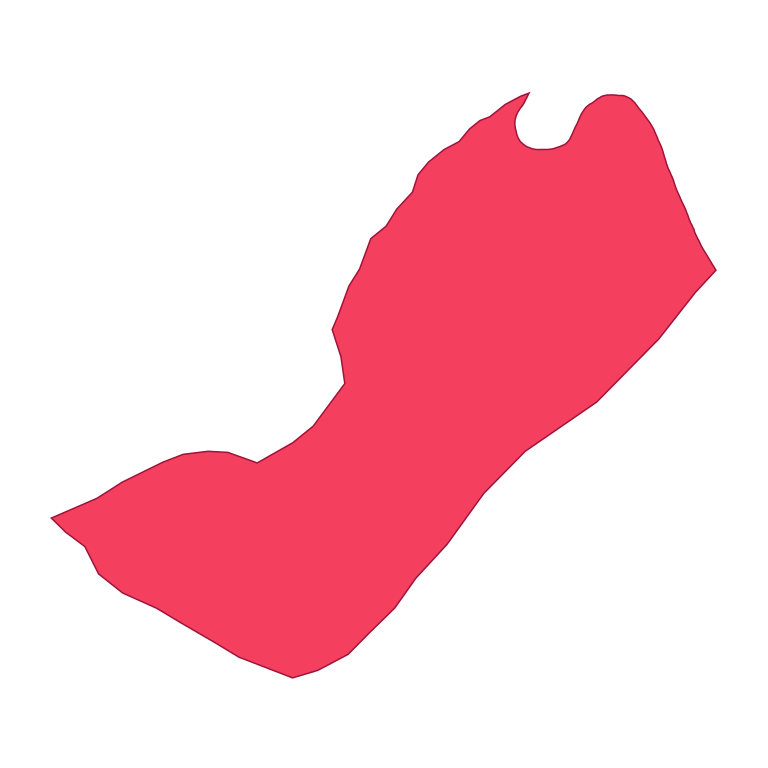 Changsong, P'yŏngan-bukto, North Korea (Equal Earth projection), rotated 92°
{"feature_id": "82179303B23970649452661", "entity_name": "Changsong", "entity_type": "district", "adm_level": 2, "iso_a3": "PRK", "parent_name": "North Korea", "parent_adm1": "P'yŏngan-bukto", "projection": "equal_earth", "projection_center": [125.074, 40.388], "detail": "fine", "context": "isolated", "style": "filled", "palette": "rose", "viewbox_px": 768, "rotation_deg": 92, "n_neighbors": 0, "source": "geoboundaries", "source_scale": "gbopen_adm2", "svg_char_len": 3737}
<svg xmlns="http://www.w3.org/2000/svg" viewBox="0 0 768 768"><g transform="rotate(92 384 384)"><path d="M258.7,56.2L258.5,56.3L257.7,56.9L256.2,57.8L254.7,58.8L252.9,60.1L251.1,61.2L249.6,62.2L248.2,63.1L247.0,63.9L245.6,64.8L244.3,65.6L243.0,66.5L241.5,67.5L240.0,68.5L238.5,69.5L237.2,70.3L235.6,71.3L234.2,72.1L233.0,72.6L231.8,73.3L230.2,74.1L228.6,75.0L227.0,76.0L225.3,76.8L223.6,77.8L221.9,78.6L220.2,79.2L218.4,79.7L218.0,80.0L217.4,80.4L215.8,81.2L214.1,82.0L212.6,83.0L210.8,83.7L209.0,84.7L207.3,85.3L205.8,85.8L204.2,86.5L202.5,87.3L201.0,87.9L199.3,88.6L197.6,89.4L196.1,90.1L195.1,90.7L193.2,91.7L191.3,92.7L189.7,93.5L188.2,94.2L186.7,94.9L184.8,95.8L183.3,96.6L181.7,97.4L179.8,98.3L178.3,98.9L176.7,99.6L175.0,100.2L173.5,100.8L172.1,101.3L171.3,101.5L169.9,102.0L168.3,102.7L166.9,103.4L165.7,104.0L164.3,104.7L162.9,105.3L161.7,105.9L160.4,106.6L159.0,107.3L157.0,108.2L155.4,108.7L153.9,109.4L152.3,109.9L150.5,110.4L148.8,111.0L147.4,111.6L145.7,112.1L144.3,112.6L142.7,113.1L141.2,113.6L139.9,114.1L138.5,114.6L137.1,115.2L135.6,115.9L134.1,116.7L133.0,117.2L131.8,117.9L130.2,118.7L129.0,119.1L127.7,119.7L126.6,120.2L125.3,120.9L123.9,121.5L122.9,122.0L121.8,122.5L120.7,123.0L119.3,123.7L118.0,124.6L116.4,125.5L115.1,126.5L113.9,127.2L112.6,128.2L111.4,129.1L110.2,130.1L109.0,131.0L107.6,132.1L106.2,133.2L105.0,134.2L103.8,135.1L103.1,135.7L102.0,136.7L101.0,137.6L100.0,138.5L99.0,139.4L97.8,140.3L96.8,141.1L95.8,141.9L94.9,142.6L94.0,143.4L93.2,144.2L92.4,145.2L91.6,145.9L90.9,146.8L90.4,147.4L89.9,148.4L89.4,149.5L88.9,150.6L88.4,151.8L87.9,152.9L87.7,153.9L87.4,154.9L87.4,156.5L87.4,157.7L87.5,159.0L87.4,160.4L87.2,161.8L87.2,163.2L87.1,164.8L87.2,166.7L87.2,168.3L87.4,169.8L87.4,171.0L87.6,171.9L87.8,172.8L88.1,173.9L88.4,175.0L88.8,176.0L89.4,177.2L90.0,178.0L90.6,179.0L91.4,180.4L92.1,181.4L93.1,182.3L93.9,183.3L94.8,184.4L95.6,185.5L96.5,186.7L97.0,187.8L98.1,189.2L98.9,190.2L99.7,191.0L100.9,192.2L102.7,193.5L104.2,194.3L105.7,195.3L107.3,196.2L109.0,196.9L110.4,197.6L111.9,198.2L113.6,198.7L115.2,199.4L116.6,199.9L118.2,200.6L119.8,201.4L121.5,202.2L123.3,202.9L125.1,203.6L126.9,204.3L128.9,205.2L130.9,206.0L132.6,206.8L133.9,207.5L135.2,208.5L136.3,209.6L137.4,210.6L138.0,211.4L138.6,212.2L139.2,213.7L139.9,215.2L140.5,216.5L141.2,218.3L141.7,219.8L142.3,221.3L142.8,222.6L143.2,224.0L143.5,225.7L143.8,228.0L144.0,230.2L144.0,232.3L144.1,233.4L144.1,235.0L144.3,236.7L144.3,238.6L144.3,240.5L144.0,242.2L143.8,243.8L143.3,245.3L142.8,246.9L142.3,248.3L141.9,249.4L141.3,250.6L140.5,251.7L139.7,252.9L138.7,254.1L137.8,255.2L136.8,256.4L135.6,257.1L134.4,257.9L133.3,258.6L132.0,259.2L130.7,259.7L129.4,260.1L128.0,260.5L126.3,260.9L125.0,261.3L123.6,261.7L122.3,261.9L120.9,262.2L118.9,262.3L118.1,262.3L116.8,262.3L115.4,262.2L114.1,261.9L112.8,261.6L111.6,261.3L110.5,260.9L109.3,260.5L108.0,259.9L107.1,259.5L106.0,258.7L104.7,258.0L103.7,257.5L102.4,256.5L101.6,255.8L100.3,255.0L99.1,254.3L98.1,253.7L96.8,253.1L95.1,252.5L93.8,251.7L92.4,251.1L91.4,250.7L90.1,250.1L88.6,249.4L88.2,249.2L91.7,257.6L100.3,272.5L113.2,287.5L117.4,297.4L126.1,307.4L139.1,317.4L147.7,332.3L160.6,347.2L173.7,357.3L191.3,362.3L208.7,377.3L226.2,387.4L239.2,402.3L269.9,412.4L287.4,422.5L318.2,432.6L327.7,436.2L331.4,437.7L358.2,428.0L384.9,423.2L406.7,438.2L428.6,453.3L445.9,473.2L467.3,508.0L457.8,537.7L457.4,557.5L461.3,582.3L469.8,602.2L491.1,642.0L508.3,667.0L529.6,711.8L543.2,697.0L556.9,677.3L583.8,662.6L602.0,637.9L616.1,603.3L629.8,578.6L648.3,544.1L662.1,519.4L680.9,465.1L672.5,440.2L655.4,410.4L633.7,390.4L607.6,365.5L577.0,345.4L542.2,315.5L489.8,280.4L446.3,240.5L394.6,170.8L329.5,111.0L281.6,76.0L258.7,56.2Z" fill="#f43f5e" stroke="#9f1239" stroke-width="1.5"/></g></svg>